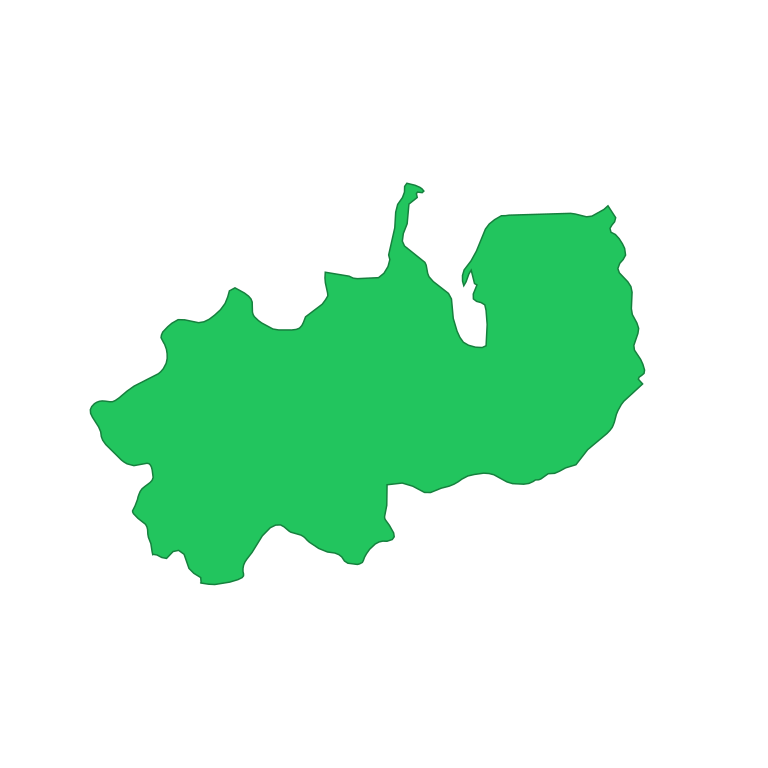 an SVG outline of Seti, rotated 226°
{"feature_id": "NPL-1129", "entity_name": "Seti", "entity_type": "District", "adm_level": 1, "iso_a3": "NPL", "parent_name": "Nepal", "parent_adm1": "", "projection": "albers", "projection_center": [81.176, 29.231], "detail": "fine", "context": "isolated", "style": "filled", "palette": "green", "viewbox_px": 768, "rotation_deg": 226, "n_neighbors": 0, "source": "natural_earth", "source_scale": "10m", "svg_char_len": 3889}
<svg xmlns="http://www.w3.org/2000/svg" viewBox="0 0 768 768"><g transform="rotate(226 384 384)"><path d="M368.2,114.0L368.3,114.6L372.1,117.7L379.9,115.7L386.8,115.6L400.4,121.9L407.0,120.7L410.0,115.9L409.6,106.4L413.6,103.6L418.8,101.9L421.6,99.8L421.9,99.1L424.6,100.8L431.1,105.4L437.3,108.0L440.0,109.8L443.6,112.9L445.9,114.2L448.7,115.0L458.3,113.7L464.7,113.7L466.5,114.3L467.4,115.0L469.3,120.4L472.2,126.5L473.6,128.6L474.8,131.0L476.1,134.0L476.7,137.2L476.4,140.9L475.6,147.3L475.8,150.2L477.1,153.0L483.3,157.6L486.0,159.1L488.3,159.7L489.7,159.7L491.6,158.5L499.0,147.4L505.1,143.7L508.4,142.8L511.7,142.3L533.7,141.8L538.9,142.6L542.5,144.1L546.4,147.0L551.3,148.9L562.6,151.2L566.6,152.5L569.5,154.9L570.8,158.1L571.0,162.0L570.4,164.7L569.3,167.2L567.6,169.5L565.4,171.5L561.5,174.6L559.8,176.5L558.8,179.2L558.1,183.3L557.4,194.1L556.1,202.7L548.1,228.9L547.9,231.8L548.3,235.9L550.2,241.7L553.0,245.8L556.4,249.0L560.1,251.6L565.0,253.8L566.5,254.1L572.2,255.8L573.8,257.9L575.1,261.0L575.4,268.2L575.1,273.5L573.3,280.6L568.6,285.2L556.9,293.2L553.8,297.7L552.0,303.2L551.2,309.9L551.0,317.8L552.3,325.6L555.2,332.1L558.4,337.5L556.7,343.6L546.4,346.8L541.3,347.6L537.6,347.4L534.5,346.1L527.1,339.3L524.9,338.1L522.6,337.5L517.0,337.7L512.9,338.4L500.7,342.3L496.0,345.8L487.0,355.1L484.2,358.8L482.9,362.0L483.1,365.5L484.3,368.9L486.8,374.2L484.3,395.0L485.2,400.4L486.4,404.8L488.6,406.6L497.5,412.1L501.3,415.2L505.2,419.4L485.8,433.8L481.5,435.4L478.3,438.0L464.3,453.9L463.7,460.9L465.7,468.5L469.4,474.6L473.6,477.0L488.9,500.3L499.5,511.8L503.7,518.6L505.3,526.8L507.8,532.0L511.8,536.1L512.5,539.9L505.4,544.4L500.6,546.4L498.1,546.9L495.1,546.7L495.1,544.4L498.8,541.4L498.4,539.5L495.1,537.5L496.1,526.9L483.2,512.0L478.8,502.4L474.0,496.4L469.0,494.6L443.1,497.9L440.2,496.9L433.3,492.3L430.0,490.9L423.5,490.6L404.4,493.3L398.3,491.6L383.1,479.4L371.2,473.2L364.9,471.0L358.9,470.1L353.2,471.7L346.9,475.4L342.0,480.0L340.6,484.0L355.1,499.5L366.0,508.5L370.9,511.5L375.1,510.4L379.1,508.0L383.1,507.4L386.7,510.7L390.7,519.7L393.4,518.9L405.3,525.8L404.2,521.5L400.5,514.0L399.3,509.7L403.5,512.0L407.5,515.8L410.4,520.9L412.1,532.1L415.4,542.8L425.0,564.6L426.0,570.9L425.4,577.7L423.5,585.3L420.7,588.3L418.6,591.2L377.1,636.8L373.5,639.6L363.6,645.8L360.3,650.2L356.8,663.4L356.6,668.9L342.7,666.2L340.5,662.6L340.0,658.4L339.0,654.7L335.5,652.7L330.8,654.3L325.1,654.1L319.2,652.9L314.4,651.3L308.9,647.3L307.4,642.5L307.0,637.4L304.6,632.4L300.4,630.5L288.2,630.4L282.6,629.3L277.7,626.2L266.4,614.3L261.5,610.9L252.2,608.3L247.1,605.8L244.0,601.8L238.2,590.5L234.4,587.7L223.4,585.7L218.3,583.9L213.0,581.1L211.0,578.4L211.2,575.3L211.7,572.3L210.8,570.3L204.4,570.1L204.4,569.3L205.0,544.6L204.4,540.5L202.4,533.9L200.7,530.0L196.5,523.1L195.1,520.1L194.3,518.1L193.7,514.5L193.5,510.1L195.3,484.9L192.6,466.0L197.5,456.4L199.4,449.5L201.2,444.7L205.4,439.8L206.7,431.0L207.6,428.8L209.8,426.3L210.2,423.7L211.8,419.2L214.9,414.9L223.0,407.3L228.2,404.4L242.4,400.0L246.6,397.4L250.6,393.8L256.2,386.1L259.6,380.4L261.5,373.9L262.1,369.6L263.3,364.8L265.3,359.8L269.3,352.8L273.6,342.1L277.9,337.8L290.5,333.7L300.1,328.3L309.4,316.2L294.8,301.7L288.5,292.7L287.9,292.0L286.7,291.1L285.0,290.6L278.6,289.7L270.2,287.5L267.0,285.2L266.4,281.9L268.8,276.9L271.8,274.0L273.8,270.7L275.0,266.6L275.1,258.9L274.1,253.6L272.9,249.6L271.4,246.6L270.7,244.5L271.6,241.4L272.7,239.5L280.2,233.5L284.1,232.6L289.0,233.5L292.6,233.0L296.6,231.2L302.5,226.6L311.1,222.8L322.2,220.4L325.2,220.2L327.8,220.3L330.1,220.1L333.0,219.3L342.2,214.0L344.2,213.5L350.6,212.9L354.5,211.7L357.8,208.0L359.6,202.4L359.3,191.0L354.5,172.1L353.3,163.8L352.6,160.5L351.3,157.3L349.4,154.6L347.2,152.4L344.9,151.0L343.6,149.7L343.3,147.5L344.7,143.1L348.6,135.5L357.3,123.0L361.9,118.7L368.1,114.0L368.2,114.0Z" fill="#22c55e" stroke="#15803d" stroke-width="1.5"/></g></svg>